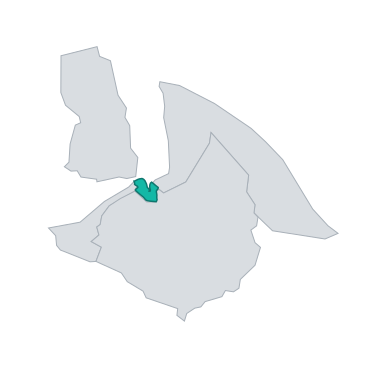 Djibouti shown with its bordering countries, rotated 279°
{"feature_id": "DJI", "entity_name": "Djibouti", "entity_type": "country or territory", "adm_level": 0, "iso_a3": "DJI", "parent_name": "Africa", "parent_adm1": "", "projection": "robinson", "projection_center": [42.635, 11.825], "detail": "fine", "context": "with_neighbors", "style": "filled", "palette": "teal", "viewbox_px": 384, "rotation_deg": 279, "n_neighbors": 4, "source": "natural_earth", "source_scale": "50m", "svg_char_len": 2507}
<svg xmlns="http://www.w3.org/2000/svg" viewBox="0 0 384 384"><g transform="rotate(279 192 192)"><path d="M166.4,330.7L166.3,277.6L181.0,256.5L189.3,256.2L200.7,245.9L217.5,245.3L253.7,201.5L242.9,201.6L200.9,184.3L186.6,164.1L194.1,151.1L198.2,153.8L206.5,166.0L212.9,166.0L238.9,160.6L261.0,152.4L272.4,151.6L285.0,148.0L291.1,143.0L295.9,143.0L295.2,163.1L282.9,200.4L264.1,240.4L253.2,256.7L238.1,276.6L194.0,313.9L179.9,331.6L174.0,342.7L166.4,330.7Z" fill="#d9dde1" stroke="#a8b0b8" stroke-width="1"/><path d="M108.4,108.0L107.1,102.2L114.1,71.1L118.1,66.6L127.5,64.2L134.0,55.9L144.7,86.2L169.0,107.0L187.0,128.7L193.2,133.1L189.4,136.7L183.9,135.4L165.4,112.4L154.3,106.6L145.5,106.4L142.5,103.4L135.0,106.8L127.3,100.2L123.3,111.1L108.4,108.0Z" fill="#d9dde1" stroke="#a8b0b8" stroke-width="1"/><path d="M306.1,41.3L320.7,75.5L311.5,79.5L308.9,90.9L276.0,103.8L264.7,114.1L255.2,114.1L247.8,120.1L225.7,124.5L217.6,133.1L198.4,134.0L195.1,125.5L195.4,117.6L187.2,96.5L189.7,95.8L189.4,80.0L195.0,75.3L193.7,69.2L197.0,62.0L202.2,65.8L220.3,64.1L239.8,66.3L243.0,71.2L248.9,68.8L257.9,53.5L269.7,46.9L306.1,41.3Z" fill="#d9dde1" stroke="#a8b0b8" stroke-width="1"/><path d="M253.7,201.5L217.5,245.3L200.7,245.9L189.3,256.2L181.0,256.5L177.5,261.1L168.7,261.1L163.6,256.1L151.8,262.2L148.0,268.3L129.5,265.7L113.2,253.4L104.3,253.4L99.9,248.6L99.9,240.4L93.3,237.9L85.8,222.1L79.9,218.7L77.7,212.9L71.2,205.8L63.3,204.7L67.8,196.4L74.6,196.1L80.3,163.3L86.4,159.2L93.3,142.1L101.0,134.9L108.4,108.0L123.3,111.1L127.3,100.2L135.0,106.8L142.5,103.4L145.5,106.4L154.3,106.6L165.4,112.4L174.3,122.2L183.9,135.4L175.1,148.7L176.3,157.1L186.5,156.3L189.4,158.9L186.6,164.1L200.9,184.3L242.9,201.6L253.7,201.5Z" fill="#d9dde1" stroke="#a8b0b8" stroke-width="1"/><path d="M195.4,150.6L194.3,152.6L192.8,155.0L191.2,157.9L190.2,157.9L189.4,157.7L188.9,157.3L187.8,156.7L186.6,156.7L185.4,157.2L183.4,157.8L181.5,158.0L180.1,158.3L178.9,158.7L177.8,158.5L176.8,158.2L176.6,155.1L176.4,151.9L176.4,149.3L176.8,147.9L177.1,147.3L178.8,145.4L179.4,144.6L181.3,141.4L183.0,138.6L184.3,136.5L184.7,136.1L185.2,135.7L185.6,135.8L188.0,137.8L188.4,137.8L189.2,137.1L190.0,135.0L190.5,134.2L190.7,134.3L192.3,133.7L193.7,133.0L193.9,133.7L196.0,136.6L196.7,138.0L197.5,140.5L197.1,142.0L196.5,142.9L195.7,143.8L192.8,145.8L189.6,147.1L187.6,149.7L186.1,149.5L186.3,150.5L186.9,150.6L187.8,150.5L189.5,149.7L191.1,149.3L192.8,149.3L194.3,149.6L195.4,150.6Z" fill="#14b8a6" stroke="#0f766e" stroke-width="1.5"/></g></svg>